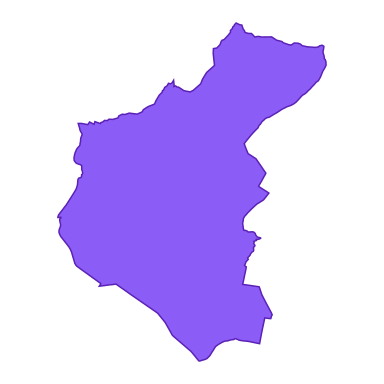 the district of Stefanesti, Arges, Romania
{"feature_id": "2599482B40982611727809", "entity_name": "Stefanesti", "entity_type": "district", "adm_level": 2, "iso_a3": "ROU", "parent_name": "Romania", "parent_adm1": "Arges", "projection": "natural_earth1", "projection_center": [24.947, 44.876], "detail": "fine", "context": "isolated", "style": "filled", "palette": "violet", "viewbox_px": 384, "rotation_deg": 0, "n_neighbors": 0, "source": "geoboundaries", "source_scale": "gbopen_adm2", "svg_char_len": 5788}
<svg xmlns="http://www.w3.org/2000/svg" viewBox="0 0 384 384"><path d="M259.6,343.7L261.4,334.1L262.5,328.6L264.8,317.9L267.7,318.3L269.7,318.6L270.8,318.6L271.1,317.6L271.5,316.0L272.2,314.9L271.3,312.7L266.0,302.8L262.4,295.8L261.8,294.6L261.6,294.0L259.2,286.8L253.8,286.0L249.8,285.4L242.7,284.4L244.0,278.3L244.6,275.3L245.4,271.7L246.0,268.7L246.3,266.9L244.8,265.7L244.6,265.5L244.5,265.2L244.9,264.7L246.1,261.7L248.3,259.3L247.8,258.5L247.7,258.1L247.6,257.9L250.1,255.2L250.4,254.3L250.8,253.5L251.1,253.2L251.8,252.4L252.1,252.0L252.5,251.7L252.8,251.6L253.3,251.3L253.4,251.2L253.6,250.6L253.7,250.1L253.7,249.8L253.7,249.6L253.6,249.3L253.6,249.0L253.5,248.4L253.6,247.9L253.5,247.5L253.8,247.1L254.9,245.9L254.9,245.6L254.8,245.1L254.5,244.7L254.1,244.2L253.9,243.8L253.8,243.4L254.0,242.9L254.1,242.0L253.8,241.4L254.8,241.0L256.5,240.4L256.6,240.2L256.5,239.7L256.3,239.6L256.0,239.4L255.6,239.1L255.8,239.2L256.2,239.3L256.8,239.4L257.4,239.4L258.4,239.3L259.1,239.1L260.0,238.7L260.5,238.4L260.7,238.1L260.4,237.8L260.1,237.7L259.7,237.6L259.0,237.5L258.3,237.3L257.7,237.1L257.3,236.9L256.9,236.5L256.6,236.2L256.4,235.9L256.0,235.4L255.7,235.0L255.6,234.7L255.5,234.2L255.4,234.0L255.3,233.7L255.1,233.3L254.9,233.1L254.7,232.9L254.0,232.3L253.6,232.1L252.8,231.8L252.5,231.8L250.6,231.9L248.7,232.0L248.3,232.0L248.1,231.9L247.8,231.7L247.4,231.3L246.8,230.9L246.1,230.6L245.3,230.4L244.7,230.3L244.0,230.3L243.7,230.2L243.5,229.4L243.4,228.5L243.2,227.3L242.8,224.5L242.7,223.9L242.7,223.3L243.3,220.1L243.3,219.3L243.5,218.6L243.7,217.9L244.1,217.3L244.4,216.8L244.8,216.1L245.8,215.1L247.0,213.7L247.8,212.7L249.3,211.3L251.4,209.1L252.7,207.9L254.6,206.1L256.0,204.9L256.7,204.2L256.9,204.0L258.2,203.3L260.2,202.0L261.5,201.2L263.1,200.2L263.7,199.7L266.5,196.2L267.2,195.3L268.9,193.1L267.8,192.3L263.2,189.4L260.6,187.7L258.9,186.6L258.7,186.4L258.6,186.2L261.8,180.7L264.0,176.6L264.6,175.6L265.3,174.4L265.7,173.6L265.8,173.3L265.8,173.1L265.7,172.9L265.6,172.7L264.5,171.2L263.9,170.3L262.2,167.8L261.7,167.0L260.0,164.6L258.8,162.9L258.5,162.4L257.3,160.7L256.3,159.2L256.1,158.9L255.7,158.5L254.5,157.8L251.5,155.8L248.2,153.7L247.9,153.2L247.7,152.7L246.7,150.3L245.0,146.0L244.4,144.0L244.2,143.7L245.5,141.9L250.9,135.3L253.4,132.5L256.8,129.0L257.9,128.0L259.1,125.3L260.2,124.4L261.0,123.2L262.2,121.4L263.8,120.2L264.5,119.3L265.9,118.3L266.4,118.0L267.3,117.6L268.4,117.4L269.4,117.1L270.7,116.3L272.8,115.0L274.8,113.8L276.0,113.2L277.9,112.0L280.3,110.4L282.1,109.2L282.9,108.8L285.0,107.8L286.6,106.9L288.3,106.3L290.9,105.4L293.7,103.9L296.0,102.2L298.4,99.7L300.9,96.9L302.4,95.3L304.8,93.9L306.5,92.5L308.1,90.8L310.3,88.8L312.2,86.6L314.1,84.7L316.2,82.2L318.3,80.8L320.4,77.2L322.9,71.0L324.6,68.3L326.1,65.1L326.0,63.5L325.9,61.5L325.2,59.6L324.3,58.6L324.3,57.4L324.1,56.4L323.7,54.5L323.2,53.4L323.0,51.7L323.4,50.0L323.7,47.9L323.9,46.3L322.0,45.2L319.4,45.9L318.4,46.9L315.4,47.4L307.4,46.8L302.2,45.7L300.6,44.2L298.1,43.2L294.2,43.0L291.3,45.0L288.9,44.7L283.3,42.8L281.9,41.5L276.6,40.2L271.7,36.9L261.6,37.0L259.3,36.5L256.9,36.5L255.8,36.9L254.7,36.9L251.5,33.5L248.4,33.4L245.1,32.5L244.5,30.8L243.2,29.1L241.8,25.0L239.9,24.8L236.1,23.0L234.4,24.8L234.0,25.9L232.8,26.9L232.3,28.6L230.4,30.5L230.5,32.3L228.1,35.3L224.2,39.5L222.0,40.3L221.2,41.4L220.0,44.7L216.8,48.0L213.4,48.6L213.2,53.6L214.5,65.4L209.6,69.8L206.6,72.5L202.5,79.2L200.7,83.8L193.3,90.3L190.2,91.9L183.9,90.7L181.0,88.7L178.4,87.1L176.9,87.0L175.7,85.9L173.8,86.5L174.1,84.9L173.6,80.3L171.9,83.1L170.5,83.8L168.5,83.3L167.0,85.9L164.7,87.4L163.4,90.3L162.5,90.6L162.1,92.3L159.2,95.2L155.9,100.8L154.5,104.1L148.1,106.6L143.4,109.6L142.1,111.9L137.2,114.1L129.2,113.1L124.9,114.5L122.3,114.2L118.8,115.9L118.0,117.9L112.8,119.4L109.0,119.2L107.3,120.6L104.6,120.4L102.5,122.1L100.8,122.6L100.4,123.6L94.9,121.6L94.0,124.3L89.6,122.0L87.8,124.6L81.2,123.4L78.2,123.4L79.5,127.8L80.0,130.1L80.7,131.6L81.9,133.5L82.1,134.8L81.5,136.2L80.9,137.7L80.7,138.5L80.6,140.2L80.5,141.3L80.3,142.6L80.0,143.8L80.0,144.8L79.3,146.2L78.2,147.2L77.1,148.5L76.4,149.7L75.9,150.9L75.2,152.5L74.7,154.2L74.4,155.6L74.3,156.4L74.0,157.5L74.1,159.4L74.1,160.2L74.5,161.0L75.1,161.8L75.7,162.6L76.3,163.2L77.3,163.7L78.2,164.0L79.4,164.4L80.4,164.7L81.2,165.3L81.7,165.7L81.7,166.2L81.7,167.5L81.7,168.5L81.8,169.8L81.9,170.1L82.3,171.0L82.5,171.9L82.6,172.7L82.6,173.5L82.3,174.2L81.6,174.7L81.6,175.4L81.5,176.4L81.4,176.9L81.0,177.3L80.5,177.6L79.6,177.9L78.8,178.1L78.1,179.1L77.9,179.7L77.7,182.3L77.4,185.2L76.1,189.2L73.2,194.0L66.2,205.0L64.5,207.1L63.2,208.9L60.2,212.7L58.6,214.9L58.0,216.5L57.9,217.5L60.9,217.3L61.0,217.9L60.9,218.0L60.4,218.3L60.0,218.7L59.7,219.3L59.7,219.6L59.7,220.5L60.5,224.1L60.6,224.7L60.6,225.3L60.6,225.7L60.5,225.9L60.4,226.5L59.5,228.8L59.3,229.2L59.1,230.3L59.0,231.1L59.0,231.5L59.0,232.4L59.1,232.6L59.3,233.4L59.4,233.5L59.6,234.2L59.8,234.6L60.4,235.8L60.9,236.7L62.1,238.2L64.8,241.6L67.6,245.2L68.9,246.9L69.6,248.1L70.5,249.6L70.8,250.3L71.4,251.8L71.7,252.6L72.5,255.5L73.5,258.8L74.8,263.2L74.8,263.3L75.1,263.8L75.5,264.5L75.8,265.0L76.2,265.5L76.7,266.1L80.2,268.7L100.3,283.2L100.8,283.8L99.3,286.2L104.2,285.6L110.7,284.7L111.7,284.7L116.0,284.1L131.9,295.3L157.6,313.1L165.2,322.5L172.5,335.5L190.9,351.3L191.1,351.5L194.1,355.1L197.0,358.7L197.9,359.8L198.8,360.9L199.7,361.0L203.0,360.0L204.9,359.5L206.9,358.6L208.4,357.1L209.9,355.6L212.0,352.1L213.1,350.5L214.1,348.9L214.8,347.7L215.6,346.5L217.1,345.4L218.6,344.3L220.3,343.4L221.9,342.4L224.9,341.1L226.5,341.0L228.1,340.8L230.2,340.0L233.9,339.5L235.0,338.7L236.3,338.9L237.7,339.5L238.7,340.0L240.1,340.4L241.4,340.6L243.5,340.9L246.0,341.1L247.6,341.3L249.5,341.6L251.4,342.0L256.7,343.1L259.6,343.7Z" fill="#8b5cf6" stroke="#5b21b6" stroke-width="1.5"/></svg>